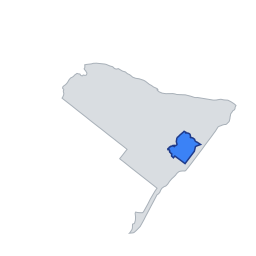 location of Oshikoto within Namibia, rotated 127°
{"feature_id": "NAM-3355", "entity_name": "Oshikoto", "entity_type": "Region", "adm_level": 1, "iso_a3": "NAM", "parent_name": "Namibia", "parent_adm1": "", "projection": "orthographic", "projection_center": [17.144, -18.609], "detail": "fine", "context": "in_parent", "style": "filled", "palette": "blue", "viewbox_px": 256, "rotation_deg": 127, "n_neighbors": 0, "source": "natural_earth", "source_scale": "10m", "svg_char_len": 4402}
<svg xmlns="http://www.w3.org/2000/svg" viewBox="0 0 256 256"><g transform="rotate(127 128 128)"><path d="M188.3,60.7L190.9,60.2L193.5,59.8L196.4,59.4L198.7,59.1L199.3,59.0L204.9,59.7L207.3,60.2L208.2,60.5L209.2,61.4L211.2,63.6L210.6,63.5L206.9,63.7L205.4,64.2L202.1,66.5L201.5,66.2L200.7,65.6L200.1,65.5L198.7,66.0L197.2,66.6L195.7,67.6L194.4,68.5L193.9,69.0L191.9,70.9L191.2,71.2L190.6,71.3L190.4,71.2L190.2,70.4L189.0,68.3L187.1,65.6L186.6,65.4L186.2,65.2L184.7,65.3L180.4,65.9L176.8,66.4L171.3,67.4L165.4,68.1L161.7,68.5L158.6,68.6L158.5,71.2L158.4,76.5L158.3,81.8L158.2,87.0L158.1,92.3L158.0,97.6L157.9,102.8L157.7,108.1L157.6,113.4L157.6,115.7L157.4,116.2L155.7,116.1L151.7,116.0L148.3,116.0L145.6,115.9L145.5,119.1L145.4,122.8L145.4,126.5L145.3,130.2L145.2,133.8L145.2,137.5L145.1,141.2L145.0,144.9L144.9,148.6L144.9,151.4L144.9,151.7L144.8,157.1L144.7,162.8L144.5,168.5L144.4,174.2L144.3,179.9L144.1,185.6L144.0,191.3L143.9,196.9L143.8,198.7L142.7,198.7L140.3,199.3L138.8,200.2L138.1,201.3L137.3,202.0L136.2,202.2L135.7,202.8L135.8,203.7L135.4,204.3L134.4,204.8L132.9,204.6L130.8,203.9L128.1,203.7L124.8,204.1L122.5,203.9L121.0,203.1L119.5,202.6L117.9,202.5L117.0,202.2L115.1,201.6L114.7,200.6L114.5,199.9L113.9,199.1L113.9,198.5L114.3,198.0L114.4,197.2L114.1,196.2L113.5,195.6L112.8,195.7L112.3,195.3L112.1,194.4L111.7,193.8L110.6,193.1L109.2,193.6L108.5,194.4L108.2,195.5L107.8,196.1L107.6,197.1L107.6,197.8L107.2,198.5L106.8,198.8L106.4,198.7L105.7,198.9L104.1,200.0L103.7,200.6L102.4,199.6L98.7,195.7L97.3,194.7L95.3,192.3L90.9,185.0L90.3,183.6L89.4,180.0L88.4,177.4L88.3,175.8L88.7,175.0L88.4,173.8L87.9,172.7L86.4,171.4L85.9,166.8L84.8,163.8L85.0,161.3L84.5,159.1L84.4,157.6L84.6,154.9L83.7,151.8L82.0,148.7L80.5,144.3L80.2,142.3L80.3,137.1L79.9,134.9L79.9,132.4L79.3,129.8L79.0,128.4L79.4,127.3L79.6,127.6L80.1,127.8L80.3,126.3L80.4,125.0L79.6,121.7L77.8,118.4L73.6,113.0L72.5,110.9L71.9,109.2L67.0,102.1L64.9,97.1L63.4,92.8L61.8,90.8L54.4,76.7L52.7,74.5L49.8,71.8L49.1,71.0L47.9,68.4L45.7,65.0L45.1,61.8L44.8,58.1L45.0,55.3L47.0,54.9L48.3,54.1L49.6,54.0L50.8,54.6L52.1,54.6L52.6,54.5L54.9,54.5L56.2,53.8L57.8,53.1L58.7,52.5L60.0,51.9L61.7,51.2L62.6,51.2L63.8,51.4L65.4,51.6L66.3,52.0L67.4,53.3L69.0,54.5L70.3,55.2L71.6,56.1L72.1,56.4L72.7,56.6L73.1,56.7L75.6,56.5L77.9,56.3L80.5,56.3L85.2,56.2L89.9,56.2L94.6,56.2L99.3,56.1L104.0,56.1L108.8,56.1L113.5,56.1L118.2,56.1L120.1,56.1L123.5,56.2L127.1,56.3L127.4,56.3L127.8,56.6L128.2,56.8L129.4,58.5L131.0,60.2L132.3,61.1L133.9,61.5L135.4,61.7L136.8,61.6L139.1,61.9L142.3,62.5L145.6,62.7L149.1,62.5L151.6,62.9L153.0,63.8L154.4,64.3L155.9,64.7L157.9,64.5L160.4,63.9L162.5,64.1L163.5,64.6L164.1,64.6L167.8,64.0L170.8,63.5L175.3,62.8L179.0,62.2L184.4,61.3L188.3,60.7Z" fill="#d9dde1" stroke="#a8b0b8" stroke-width="1"/><path d="M106.2,83.2L106.2,83.3L106.1,83.1L105.4,82.8L104.6,82.6L103.8,82.5L101.6,82.2L99.9,81.7L99.3,81.7L98.4,81.4L96.9,81.2L96.9,80.9L96.8,80.6L96.7,79.7L96.6,79.3L96.8,79.2L97.1,79.1L97.2,78.7L96.8,78.4L96.6,78.2L96.4,77.8L96.2,77.4L95.8,76.5L95.8,76.2L95.7,76.0L95.7,75.2L95.7,74.8L95.9,74.4L96.4,73.8L96.9,73.2L97.3,72.8L97.5,72.7L97.8,72.7L98.0,72.5L98.0,72.1L97.4,71.5L97.2,70.8L97.1,70.5L96.9,70.2L97.0,69.2L96.9,68.7L96.9,68.1L97.0,67.9L97.2,67.7L97.8,66.9L97.9,66.6L98.0,65.8L97.9,64.8L97.9,64.5L97.7,64.3L97.5,60.1L101.3,62.5L102.3,62.9L106.7,61.0L122.1,61.0L122.2,73.7L124.5,73.8L124.3,75.0L124.2,76.3L124.0,76.5L123.7,76.6L123.4,76.8L123.1,77.1L122.9,77.3L122.7,77.3L122.4,77.4L122.3,77.5L122.4,78.4L122.4,78.6L122.4,78.8L122.2,79.0L122.2,79.7L122.2,80.0L122.1,80.3L121.9,80.4L121.8,80.5L121.6,80.5L121.4,80.7L121.4,80.9L121.4,81.0L120.9,81.2L120.8,81.4L120.8,81.5L120.7,81.6L120.7,81.9L120.7,82.0L120.8,82.4L121.2,82.9L121.3,83.1L121.2,83.2L121.1,83.3L120.5,83.6L120.4,83.7L120.2,83.6L120.1,83.3L120.1,83.2L119.8,83.1L119.5,83.2L119.1,83.4L118.2,83.4L117.7,83.0L117.5,82.8L117.2,82.7L116.9,82.8L116.8,82.7L116.6,82.7L116.4,82.5L116.3,82.4L116.3,82.2L116.2,82.1L115.8,81.8L115.6,81.7L115.4,81.7L115.2,81.7L114.9,81.6L114.7,81.5L114.7,81.4L114.7,80.8L114.7,80.7L114.8,80.7L115.0,80.7L115.1,80.4L115.0,80.0L115.0,79.9L114.9,79.9L114.7,79.9L114.4,80.0L114.3,80.3L114.2,80.5L113.9,80.4L113.9,80.0L113.9,79.8L113.9,79.7L113.7,79.5L113.6,79.4L113.4,79.3L112.9,79.3L112.8,79.2L112.7,79.1L112.4,78.9L111.4,79.1L110.9,79.9L109.7,81.3L106.4,83.0L106.2,83.2Z" fill="#3b82f6" stroke="#1e3a8a" stroke-width="1.5"/></g></svg>